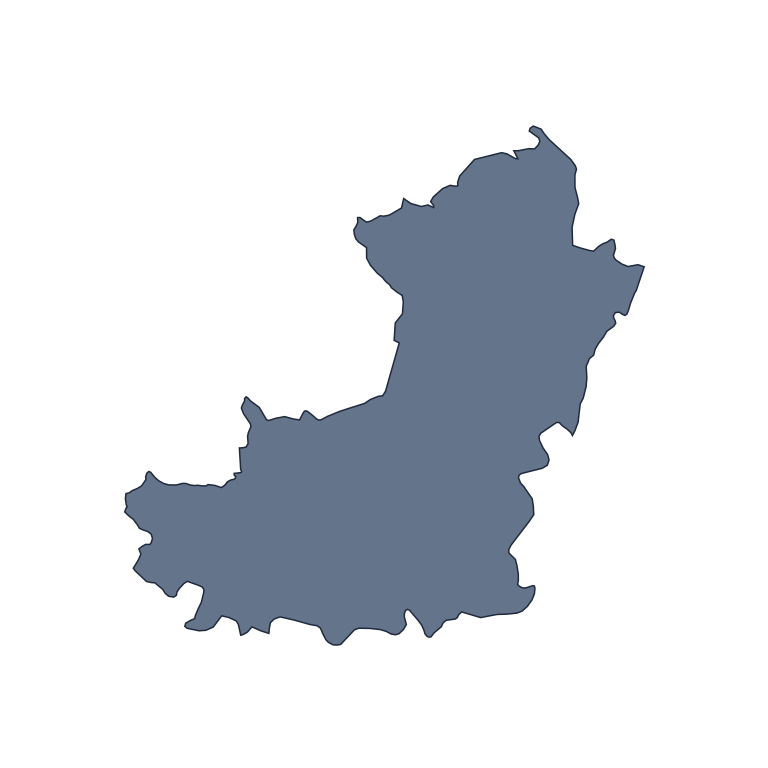 Guinea, Albers equal-area conic projection, rotated 106°
{"feature_id": "GIN", "entity_name": "Guinea", "entity_type": "country or territory", "adm_level": 0, "iso_a3": "GIN", "parent_name": "Africa", "parent_adm1": "", "projection": "albers", "projection_center": [-10.714, 9.945], "detail": "fine", "context": "isolated", "style": "filled", "palette": "slate", "viewbox_px": 768, "rotation_deg": 106, "n_neighbors": 0, "source": "natural_earth", "source_scale": "50m", "svg_char_len": 4343}
<svg xmlns="http://www.w3.org/2000/svg" viewBox="0 0 768 768"><g transform="rotate(106 384 384)"><path d="M468.1,501.0L462.0,500.2L459.3,501.3L451.3,510.8L446.4,514.5L442.8,514.2L439.0,513.4L436.3,514.0L434.3,513.0L435.1,510.7L437.0,507.8L440.9,497.4L450.7,487.1L450.9,484.9L446.9,478.8L442.7,470.5L442.6,461.7L441.8,455.3L433.1,453.5L431.5,452.4L431.3,450.2L433.6,444.5L436.2,439.2L436.6,436.9L436.0,434.9L430.6,429.3L422.3,418.8L414.6,407.3L408.0,397.3L402.6,392.8L397.5,386.2L395.6,382.0L390.2,380.5L374.7,380.6L356.0,380.6L340.3,380.7L339.3,386.3L322.1,390.0L311.5,385.6L299.7,388.1L293.9,390.9L292.1,396.9L289.4,403.4L286.9,406.1L285.8,409.0L284.3,411.7L282.0,414.8L279.4,420.9L273.7,429.7L267.8,435.4L257.7,438.4L254.5,447.7L252.2,451.1L248.3,453.8L244.1,455.5L240.3,454.4L235.9,453.7L231.3,455.3L230.6,453.0L233.2,445.6L231.2,441.8L223.4,434.1L222.7,430.4L220.3,425.6L210.0,415.7L200.3,416.2L203.1,408.0L203.1,397.1L199.8,391.1L200.7,385.0L198.9,385.4L195.7,389.5L190.5,388.1L180.0,381.5L174.8,375.2L174.2,369.8L173.1,367.7L169.8,368.8L163.2,368.6L143.2,358.9L129.2,334.7L128.9,329.3L131.1,320.0L130.6,317.4L124.0,323.5L122.8,319.4L117.9,309.7L116.5,304.1L111.8,301.6L107.9,301.1L104.9,302.9L100.8,314.1L97.9,314.0L94.9,311.6L95.7,303.2L99.2,299.1L103.5,292.7L116.7,266.3L121.4,260.3L124.4,258.2L130.5,258.1L142.4,254.6L152.2,248.9L157.1,246.5L168.2,247.3L181.4,246.4L198.7,240.9L199.1,233.1L199.0,223.1L198.5,219.1L192.4,215.5L188.9,212.3L185.9,208.4L182.2,205.5L182.3,202.6L187.0,200.1L190.0,198.8L197.0,198.9L199.3,197.5L201.0,195.0L203.1,188.6L203.8,181.8L199.3,172.7L199.6,166.2L224.8,167.3L227.4,168.1L238.6,169.3L245.6,169.3L249.9,169.8L251.7,171.3L251.3,174.0L250.1,177.6L251.5,181.3L255.3,182.3L257.4,181.2L259.3,179.4L261.7,178.0L265.0,179.0L272.0,184.4L278.5,186.0L285.7,188.9L292.4,190.6L298.4,190.4L302.9,193.5L311.3,194.5L322.2,190.7L330.7,189.0L342.7,188.6L349.0,189.9L367.2,186.9L376.3,187.6L381.6,188.7L379.3,190.8L377.0,195.4L374.9,201.2L372.7,205.0L373.5,207.6L379.5,212.6L388.1,219.7L391.5,220.6L395.5,218.9L401.8,213.3L406.7,207.3L411.5,204.4L417.1,204.6L421.5,208.8L426.9,218.2L431.9,226.7L432.5,227.6L434.5,229.0L437.0,228.9L439.6,226.9L441.5,225.6L443.8,221.7L453.5,209.9L460.7,206.6L463.3,205.8L468.3,204.0L476.7,206.8L488.9,211.6L503.7,217.4L508.9,218.4L512.0,217.4L516.4,209.4L521.8,206.2L529.7,202.5L536.1,200.6L539.7,200.4L541.1,198.2L541.8,194.9L541.0,191.6L536.9,185.5L536.7,183.7L539.1,182.5L544.2,181.6L550.7,182.2L558.1,184.8L564.2,188.6L567.6,193.0L571.4,202.6L574.4,211.9L581.9,226.7L581.8,235.9L581.7,246.5L585.0,248.5L588.7,249.3L590.4,250.9L594.0,259.1L597.5,261.4L601.6,262.0L609.3,267.2L614.2,269.2L614.9,270.8L614.8,272.9L612.9,275.7L609.9,277.6L605.5,281.2L601.8,286.0L594.4,297.2L594.2,299.3L595.8,300.9L598.9,301.1L602.2,300.3L609.1,296.2L614.6,297.6L619.9,300.7L621.9,303.9L622.4,308.2L621.2,313.7L621.1,319.9L622.9,330.4L625.7,340.9L628.5,344.7L646.2,353.8L647.9,357.2L648.8,361.1L647.6,366.5L645.8,369.4L640.8,374.1L636.2,377.8L634.8,381.7L635.6,388.9L635.7,405.4L636.5,419.7L640.3,424.9L644.9,427.4L650.2,426.9L655.5,425.9L655.2,434.5L653.9,444.0L660.1,446.9L663.2,449.8L665.0,452.5L655.3,457.7L652.5,460.7L651.2,468.7L651.6,476.1L664.8,481.2L669.9,487.4L672.2,493.8L673.1,505.9L671.9,508.7L668.6,508.7L664.7,505.0L661.8,501.4L658.3,501.5L651.6,500.7L644.0,499.4L634.7,499.8L631.4,500.4L629.3,502.6L628.7,506.4L627.9,518.7L631.0,521.4L637.0,524.4L641.0,525.7L644.3,525.3L646.8,527.3L647.4,532.5L645.7,536.4L642.4,540.1L638.3,549.4L639.0,552.9L639.3,557.9L632.2,571.6L630.2,574.2L620.7,571.6L614.5,570.8L610.1,574.2L607.2,572.1L603.9,569.0L602.7,564.8L600.5,564.0L596.3,564.0L592.5,566.4L590.9,570.6L590.7,575.6L590.1,579.4L587.8,581.7L583.2,587.7L581.0,593.2L578.4,598.0L574.5,597.7L572.7,597.1L571.5,598.3L565.5,601.0L560.4,601.8L559.0,599.0L556.0,596.8L552.6,592.5L548.8,589.0L541.5,586.5L538.6,587.6L535.2,587.4L532.9,586.0L533.2,583.9L537.0,578.5L539.2,573.6L540.4,568.2L540.3,563.0L538.3,555.8L535.0,550.1L534.2,546.8L534.5,542.0L533.7,537.6L532.7,535.3L532.1,531.0L531.1,527.0L529.2,525.5L528.1,518.8L528.4,511.9L525.5,509.3L521.1,507.5L518.5,504.8L516.9,501.8L515.3,500.9L513.9,501.1L512.7,503.0L511.2,503.4L508.6,497.0L507.5,496.7L505.7,498.2L485.3,505.4L484.4,502.6L482.7,499.3L478.8,498.2L472.0,500.7L468.1,501.0Z" fill="#64748b" stroke="#1e293b" stroke-width="1.5"/></g></svg>